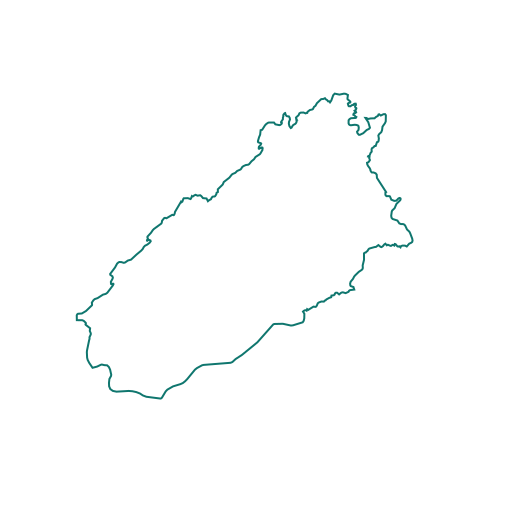 Punjab, Equal Earth projection, rotated 27°
{"feature_id": "PAK-1113", "entity_name": "Punjab", "entity_type": "Province", "adm_level": 1, "iso_a3": "PAK", "parent_name": "Pakistan", "parent_adm1": "", "projection": "equal_earth", "projection_center": [72.142, 30.862], "detail": "fine", "context": "isolated", "style": "outline", "palette": "teal", "viewbox_px": 512, "rotation_deg": 27, "n_neighbors": 0, "source": "natural_earth", "source_scale": "10m", "svg_char_len": 6067}
<svg xmlns="http://www.w3.org/2000/svg" viewBox="0 0 512 512"><g transform="rotate(27 256 256)"><path d="M383.0,165.7L387.3,169.6L388.5,171.2L388.8,172.6L388.3,173.7L386.9,175.5L386.0,179.1L384.1,179.1L381.7,180.3L380.7,181.4L380.8,182.7L379.2,182.3L378.4,183.1L377.6,183.2L375.0,182.1L374.2,182.3L374.5,183.9L373.0,183.9L372.6,184.1L371.8,185.6L371.3,185.9L368.4,186.1L367.7,187.1L365.7,186.3L365.0,187.6L364.6,189.6L363.8,191.1L362.9,191.3L360.1,190.7L358.8,193.4L357.6,194.2L353.6,197.9L353.2,198.8L353.0,201.1L352.5,201.9L352.2,203.1L351.6,203.5L351.0,204.6L354.0,210.4L355.3,215.9L356.6,218.2L356.8,219.3L356.5,220.4L354.8,223.4L353.1,228.4L352.8,229.8L352.8,232.4L352.0,235.9L352.4,237.9L353.4,239.4L354.1,239.8L356.9,239.4L358.8,241.3L355.3,243.7L354.7,244.7L354.7,245.9L352.7,248.4L350.0,248.9L349.3,249.3L348.5,250.2L347.5,252.5L345.0,251.9L343.9,252.4L343.3,253.6L343.6,254.6L343.1,255.7L341.2,257.0L341.7,258.6L340.3,260.0L338.4,262.8L338.1,264.0L337.5,264.5L337.2,265.8L334.9,266.9L333.0,269.0L332.5,270.1L332.7,272.3L332.6,273.7L332.0,274.4L330.2,275.0L327.0,280.3L325.7,280.1L325.9,281.7L325.1,281.6L324.3,282.1L323.6,283.0L323.1,284.2L325.3,285.5L327.3,289.6L327.9,292.1L327.7,293.9L320.4,301.0L318.7,302.1L310.7,304.2L303.1,308.3L302.4,309.2L296.4,332.3L288.4,350.5L284.6,357.1L283.1,361.2L281.8,362.7L258.8,376.8L257.6,377.8L254.3,382.6L253.2,385.0L250.6,396.9L249.7,399.8L248.5,402.4L246.8,404.5L241.3,409.8L237.7,415.3L237.0,417.6L236.5,424.9L236.2,425.8L235.6,426.4L222.2,431.2L218.5,431.6L215.0,431.2L211.1,431.6L207.3,432.6L203.9,434.0L193.3,440.2L189.7,441.2L186.6,440.7L184.3,438.8L182.6,435.8L181.2,432.1L181.3,428.7L180.9,427.5L177.6,423.5L175.3,421.7L173.0,421.0L170.4,422.1L167.9,422.7L167.1,423.4L164.6,426.7L161.1,429.8L156.0,427.0L153.2,425.0L151.7,423.3L148.9,418.4L148.3,416.8L145.6,407.0L145.3,405.4L144.5,403.9L144.4,401.0L143.9,399.9L141.9,398.2L141.0,395.7L135.5,394.6L135.1,394.3L135.0,393.2L134.6,392.8L132.0,392.0L130.3,392.1L125.5,394.5L123.2,390.2L123.2,389.1L123.6,388.3L126.9,386.3L129.5,382.2L132.2,374.4L132.0,373.7L130.9,372.1L131.2,369.4L131.8,367.7L134.0,365.4L137.2,359.9L139.3,358.0L140.2,356.3L141.8,347.4L141.8,345.8L141.5,345.5L141.1,345.6L140.0,346.7L139.5,346.7L138.4,344.9L138.5,341.4L138.3,340.3L137.3,339.3L134.7,338.9L134.2,338.2L135.6,330.2L135.7,325.8L136.4,324.1L137.0,323.4L138.6,322.6L141.3,322.1L142.3,321.2L143.9,318.2L146.3,316.0L148.9,308.9L151.3,303.3L151.9,301.1L151.9,299.1L152.4,297.3L154.0,295.1L155.2,292.5L155.5,290.7L154.9,290.1L153.6,290.1L152.9,290.6L152.2,291.8L151.9,291.8L151.7,291.3L151.7,289.4L150.7,288.6L150.5,287.9L151.9,283.0L152.3,279.8L152.8,278.2L156.9,270.1L156.9,269.1L156.3,267.2L157.0,263.9L157.6,263.3L159.1,263.0L162.7,257.3L164.1,257.0L164.3,256.6L164.3,255.2L163.8,253.5L164.5,241.9L165.0,242.3L165.7,241.0L165.3,238.0L165.4,237.4L169.0,235.4L171.8,235.0L172.0,234.3L171.7,231.7L172.4,231.8L172.8,231.5L173.5,230.0L174.4,228.9L176.5,228.8L178.7,227.2L180.0,227.4L182.5,228.5L185.8,227.2L188.3,229.0L188.9,227.5L190.1,225.9L190.0,224.9L190.3,223.0L190.7,222.6L191.9,221.9L192.4,221.3L192.6,219.2L192.2,217.5L193.0,216.3L191.7,213.9L193.9,207.4L193.7,204.7L196.7,198.3L197.4,194.8L197.8,193.7L199.8,191.3L200.6,188.8L202.9,186.0L203.2,185.0L203.3,183.1L204.0,181.6L205.6,179.6L207.7,178.1L208.2,177.2L209.0,173.6L210.3,170.7L210.6,168.0L213.2,163.6L213.4,162.6L213.6,158.6L213.1,157.6L213.0,156.9L212.5,156.5L211.9,156.6L211.5,157.4L210.8,157.9L210.2,159.0L209.8,159.1L209.4,158.6L209.0,157.3L209.7,154.8L209.6,153.5L209.2,153.3L206.4,153.7L205.9,153.4L205.5,152.5L204.8,148.8L204.6,146.0L203.0,141.8L204.2,140.7L204.7,135.5L205.2,133.8L206.2,131.9L206.9,131.2L211.4,128.9L213.5,129.9L217.4,128.8L218.0,128.3L218.7,126.9L218.8,126.2L218.4,125.4L217.6,125.4L217.5,125.1L217.9,122.0L217.1,120.4L217.0,119.2L216.4,118.2L216.3,117.5L216.7,115.8L217.1,115.4L218.2,116.6L219.4,117.3L220.1,117.4L221.9,116.7L223.3,117.6L224.3,118.9L224.5,121.5L225.2,123.2L226.8,125.1L228.9,126.2L229.4,125.5L229.5,123.3L229.8,122.2L231.1,120.3L231.3,119.1L231.2,117.8L229.5,115.5L229.8,115.5L229.1,114.9L228.9,114.0L230.0,111.3L229.9,109.2L230.7,108.0L233.2,106.6L235.5,106.4L236.2,105.4L236.7,105.2L236.5,104.1L237.7,101.5L239.6,99.9L240.0,99.3L240.0,96.8L240.8,95.2L240.9,92.2L242.9,86.6L244.7,85.5L245.8,84.1L247.0,84.7L248.6,84.8L250.1,85.5L251.1,84.9L252.2,85.5L252.5,83.3L251.8,77.7L252.4,75.6L257.1,74.3L260.7,71.4L262.3,70.8L264.8,70.8L265.9,74.0L266.5,74.8L269.4,75.4L270.2,75.9L270.3,76.4L268.9,77.8L268.7,78.6L270.0,80.0L270.6,80.4L272.1,79.8L273.0,78.0L274.0,77.4L274.1,76.4L275.0,75.3L275.7,75.0L276.5,76.0L276.2,77.3L276.4,77.8L277.2,78.7L278.1,78.6L278.5,79.1L278.5,80.6L277.8,81.8L278.3,82.1L279.2,81.9L280.0,82.5L279.7,83.3L278.5,84.4L278.4,85.3L278.6,86.0L280.1,86.0L281.1,86.5L282.3,86.6L282.2,87.7L278.1,90.1L277.2,91.5L276.9,93.0L278.2,95.7L279.1,96.5L280.1,96.7L281.1,96.5L284.3,94.3L285.8,93.7L287.4,93.4L288.3,93.7L289.3,95.0L290.1,97.1L289.6,99.4L290.5,100.4L292.5,101.3L293.5,100.9L295.8,97.9L297.4,93.5L299.0,91.4L299.3,90.0L295.3,85.8L290.8,83.3L291.7,82.9L293.7,83.0L295.8,81.3L299.1,79.5L299.7,77.8L301.0,75.8L300.9,74.3L301.4,73.8L303.4,74.2L305.2,71.8L306.6,71.0L307.8,71.6L310.5,77.2L310.6,79.1L310.0,83.3L311.2,86.7L311.4,88.8L310.4,91.4L310.3,93.1L312.1,95.5L312.9,97.6L313.0,98.5L312.8,99.0L312.1,99.7L312.7,103.6L311.7,104.2L311.3,105.9L310.4,107.3L310.5,108.4L311.7,110.5L311.3,112.1L311.6,115.5L310.7,115.9L310.7,116.5L312.2,116.3L312.5,117.5L313.7,118.5L314.0,119.0L313.6,121.4L312.6,122.5L313.4,123.7L314.8,124.8L317.4,126.1L318.7,127.1L319.2,127.9L320.6,128.8L321.3,129.0L322.9,128.2L325.0,128.0L326.6,128.7L328.3,131.5L342.9,140.0L342.5,140.7L343.5,142.7L344.2,143.2L345.2,143.4L347.4,142.2L348.3,142.1L351.0,144.4L354.2,144.1L355.9,143.0L356.8,140.0L357.6,139.1L358.4,139.0L359.0,139.5L359.2,140.8L357.5,145.8L357.8,150.5L356.7,153.6L356.8,154.8L358.2,158.8L359.4,160.4L360.9,161.0L365.9,160.2L368.9,161.9L370.7,161.7L372.5,160.8L374.0,160.7L375.3,161.3L378.5,163.8L381.6,164.7L383.0,165.7Z" fill="none" stroke="#0f766e" stroke-width="2"/></g></svg>